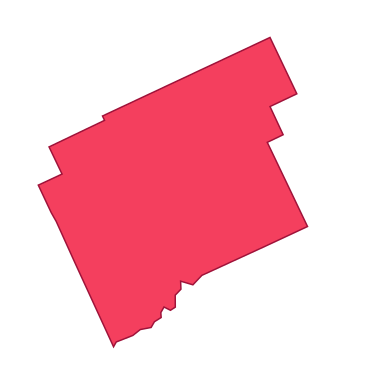 outline of Wheeler, Oregon, United States of America, rotated 245°
{"feature_id": "52423323B81574348817756", "entity_name": "Wheeler", "entity_type": "district", "adm_level": 2, "iso_a3": "USA", "parent_name": "United States of America", "parent_adm1": "Oregon", "projection": "albers", "projection_center": [-120.177, 44.687], "detail": "fine", "context": "isolated", "style": "filled", "palette": "rose", "viewbox_px": 384, "rotation_deg": 245, "n_neighbors": 0, "source": "geoboundaries", "source_scale": "gbopen_adm2", "svg_char_len": 532}
<svg xmlns="http://www.w3.org/2000/svg" viewBox="0 0 384 384"><g transform="rotate(245 192 192)"><path d="M293.3,81.5L263.2,81.8L263.2,55.6L232.8,55.7L222.7,56.5L176.8,56.0L84.9,55.5L88.1,60.0L87.0,77.8L89.2,87.0L86.5,97.7L90.3,103.1L91.3,111.0L95.9,112.8L99.6,118.0L93.9,122.5L94.7,128.2L105.6,133.2L108.6,140.9L116.0,144.0L107.5,153.6L112.3,165.7L111.9,236.3L111.9,282.1L205.2,281.2L205.4,298.8L236.5,298.8L236.7,328.5L299.1,328.0L298.7,143.0L293.9,143.0L293.3,81.5Z" fill="#f43f5e" stroke="#9f1239" stroke-width="1.5"/></g></svg>